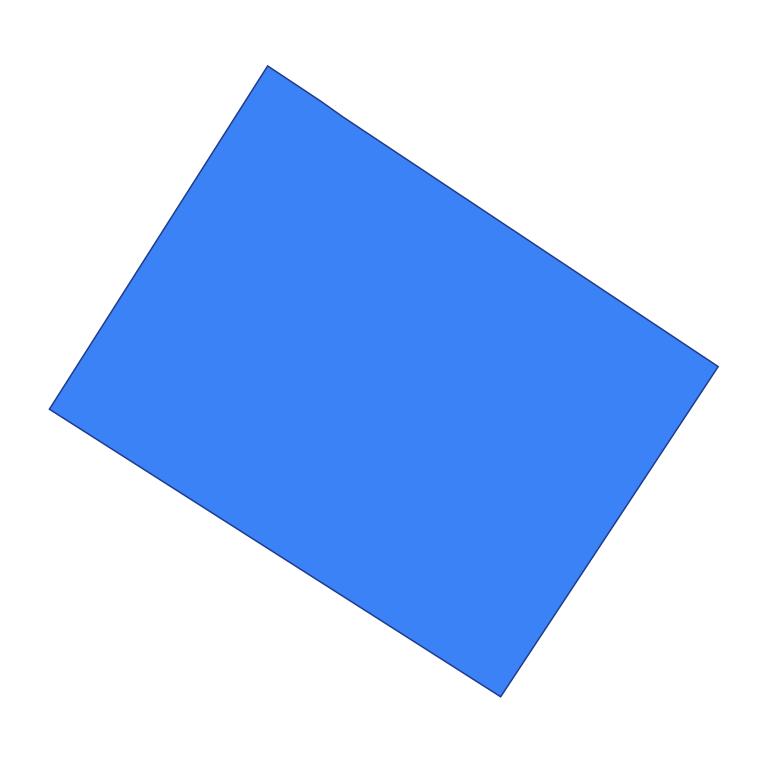 Zavala, Texas, United States of America (Robinson projection), rotated 213°
{"feature_id": "52423323B15496967187618", "entity_name": "Zavala", "entity_type": "district", "adm_level": 2, "iso_a3": "USA", "parent_name": "United States of America", "parent_adm1": "Texas", "projection": "robinson", "projection_center": [-99.64, 28.866], "detail": "fine", "context": "isolated", "style": "filled", "palette": "blue", "viewbox_px": 768, "rotation_deg": 213, "n_neighbors": 0, "source": "geoboundaries", "source_scale": "gbopen_adm2", "svg_char_len": 255}
<svg xmlns="http://www.w3.org/2000/svg" viewBox="0 0 768 768"><g transform="rotate(213 384 384)"><path d="M650.9,180.6L115.8,185.2L113.2,580.6L564.4,585.6L590.1,586.7L654.8,587.4L650.9,180.6Z" fill="#3b82f6" stroke="#1e3a8a" stroke-width="1.5"/></g></svg>